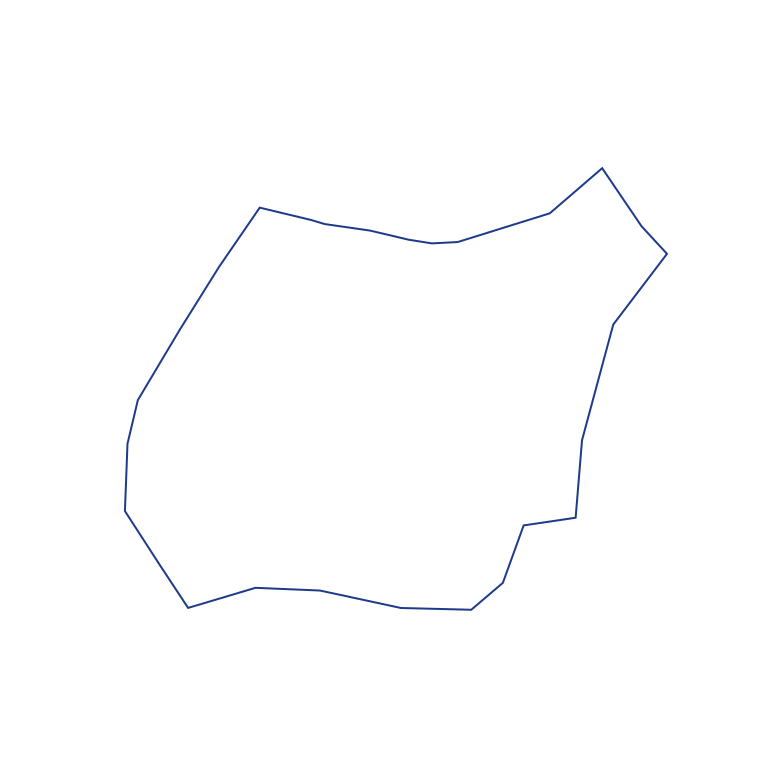 an SVG outline of Ligatnes, rotated 110°
{"feature_id": "LVA-5789", "entity_name": "Ligatnes", "entity_type": "Municipality", "adm_level": 1, "iso_a3": "LVA", "parent_name": "Latvia", "parent_adm1": "", "projection": "albers", "projection_center": [25.054, 57.179], "detail": "fine", "context": "isolated", "style": "outline", "palette": "blue", "viewbox_px": 768, "rotation_deg": 110, "n_neighbors": 0, "source": "natural_earth", "source_scale": "10m", "svg_char_len": 502}
<svg xmlns="http://www.w3.org/2000/svg" viewBox="0 0 768 768"><g transform="rotate(110 384 384)"><path d="M249.7,188.9L369.1,178.7L444.1,158.2L469.1,204.4L530.2,204.3L566.3,224.8L588.7,291.5L600.0,373.6L619.5,435.1L661.4,491.5L630.9,532.6L592.0,584.0L527.9,604.6L483.3,609.8L402.5,594.4L330.1,579.0L260.8,561.1L254.8,508.4L254.0,494.5L244.6,449.5L240.0,410.3L235.5,387.1L225.4,363.3L166.9,286.6L106.6,252.8L147.7,195.9L164.9,162.6L249.7,188.9Z" fill="none" stroke="#1e3a8a" stroke-width="2"/></g></svg>